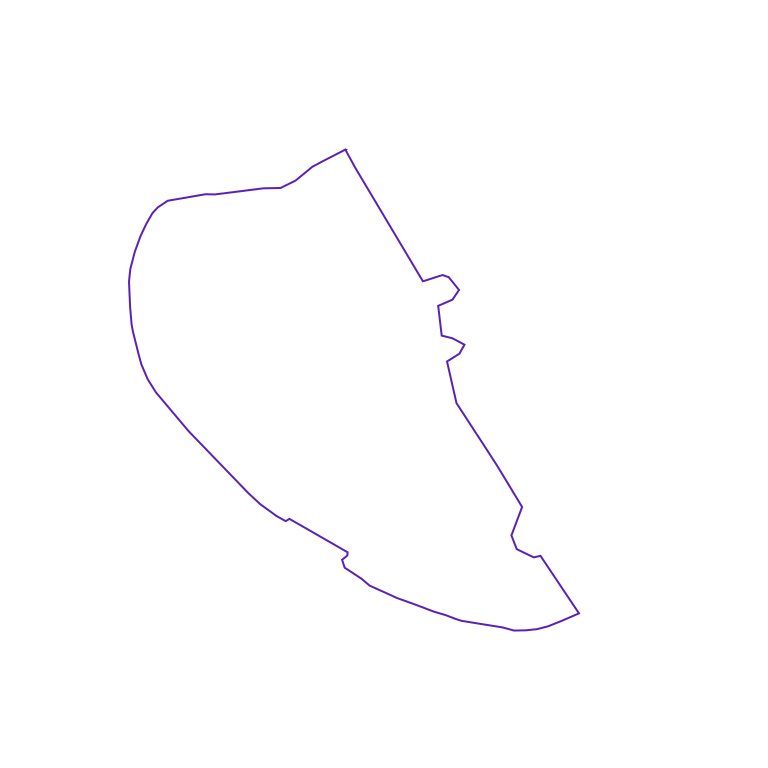 Niamina Dankunku, Central River, Gambia, rotated 302°
{"feature_id": "56634734B21442074713298", "entity_name": "Niamina Dankunku", "entity_type": "district", "adm_level": 2, "iso_a3": "GMB", "parent_name": "Gambia", "parent_adm1": "Central River", "projection": "orthographic", "projection_center": [-15.324, 13.604], "detail": "fine", "context": "isolated", "style": "outline", "palette": "violet", "viewbox_px": 768, "rotation_deg": 302, "n_neighbors": 0, "source": "geoboundaries", "source_scale": "gbopen_adm2", "svg_char_len": 1314}
<svg xmlns="http://www.w3.org/2000/svg" viewBox="0 0 768 768"><g transform="rotate(302 384 384)"><path d="M292.8,670.9L319.6,611.3L321.2,607.8L316.3,602.8L314.3,584.1L314.7,583.6L323.1,572.3L352.9,566.3L353.5,565.1L364.9,542.6L369.7,533.1L375.4,521.7L377.2,517.8L386.4,498.2L392.5,485.0L406.2,455.6L436.2,425.8L436.5,425.5L449.7,431.9L450.3,431.9L451.5,431.8L460.0,431.4L459.8,428.8L459.8,428.6L459.0,417.6L455.6,407.3L478.8,388.7L479.0,388.5L491.8,397.4L503.5,397.8L505.7,391.5L508.9,382.3L507.4,375.9L499.8,369.4L493.9,364.5L492.9,363.6L491.8,362.5L493.0,360.2L493.5,359.1L551.8,245.7L562.1,227.3L562.6,227.6L562.6,227.2L540.5,214.0L530.2,208.1L509.6,201.2L500.3,195.4L495.4,192.4L486.1,178.1L455.2,140.2L450.3,132.0L424.8,103.5L414.0,98.6L406.2,97.1L393.5,97.6L380.7,99.1L364.1,102.6L346.9,108.0L335.7,113.5L326.5,119.8L314.2,128.3L301.0,138.2L295.6,143.1L279.4,159.9L272.1,167.8L271.1,169.2L262.8,181.1L256.0,195.1L240.4,243.5L219.4,327.5L216.5,342.8L215.1,362.5L215.6,373.3L219.5,375.3L222.0,442.3L219.1,443.8L212.7,441.6L207.4,448.0L206.9,468.2L205.4,478.6L207.0,490.6L207.4,493.3L209.4,508.6L213.3,526.4L217.3,546.6L220.7,558.9L222.7,569.2L224.2,575.1L230.6,590.4L240.4,613.5L243.8,624.9L250.2,634.7L257.1,643.6L265.4,651.5L276.7,659.8L292.8,670.9Z" fill="none" stroke="#5b21b6" stroke-width="2"/></g></svg>